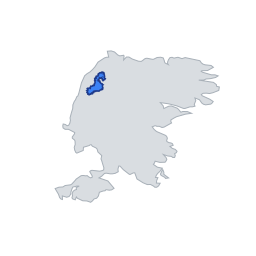 Baltinglass Lea-6, Wicklow, Ireland (highlighted), rotated 208°
{"feature_id": "5873133B22148829487271", "entity_name": "Baltinglass Lea-6", "entity_type": "district", "adm_level": 2, "iso_a3": "IRL", "parent_name": "Ireland", "parent_adm1": "Wicklow", "projection": "mercator", "projection_center": [-6.547, 52.958], "detail": "fine", "context": "in_parent", "style": "filled", "palette": "blue", "viewbox_px": 256, "rotation_deg": 208, "n_neighbors": 0, "source": "geoboundaries", "source_scale": "gbopen_adm2", "svg_char_len": 7733}
<svg xmlns="http://www.w3.org/2000/svg" viewBox="0 0 256 256"><g transform="rotate(208 128 128)"><path d="M156.5,47.7L152.0,50.9L151.3,52.1L150.0,57.1L149.8,58.5L147.0,63.9L145.4,65.0L142.9,65.9L141.6,66.8L139.9,66.4L137.7,66.4L136.6,67.4L136.6,68.1L137.3,69.0L141.3,71.5L141.1,72.5L140.0,73.7L132.7,76.6L130.6,78.4L129.8,79.6L130.6,81.5L136.4,87.3L137.3,88.0L138.2,91.3L143.3,92.7L145.4,94.9L147.1,95.4L151.0,95.2L152.6,96.0L153.5,95.4L154.0,94.3L158.3,90.1L157.0,87.1L161.4,81.8L162.6,81.9L164.7,83.5L166.4,85.7L166.9,88.7L168.5,91.4L169.5,92.3L172.3,92.8L173.0,93.9L172.5,97.8L172.9,99.0L180.0,98.9L182.9,97.3L185.4,97.6L186.6,99.3L187.1,101.1L185.0,101.7L182.8,101.4L181.7,102.5L181.6,104.8L182.4,107.7L183.9,109.7L185.0,114.3L186.0,119.4L187.5,122.5L187.9,126.3L187.6,128.2L187.9,131.6L187.3,132.7L187.8,135.9L190.3,146.0L190.8,153.8L189.6,156.8L187.9,159.6L186.8,162.8L185.9,166.4L185.4,172.1L181.7,178.8L180.1,180.4L178.3,181.5L182.3,186.1L179.0,188.2L175.5,188.8L171.5,187.7L169.1,187.8L166.0,190.2L165.3,189.8L163.8,186.0L162.7,189.9L160.5,191.1L156.6,190.9L150.1,191.9L147.6,193.0L146.6,194.8L145.8,196.8L144.8,198.0L143.7,198.6L138.7,200.1L137.7,200.7L135.4,203.9L132.4,205.8L129.8,206.4L127.6,204.5L126.7,203.4L125.7,202.8L122.2,202.9L123.3,203.5L124.0,204.8L124.3,207.3L124.0,209.8L122.3,211.1L120.2,211.3L117.1,213.9L112.9,214.6L110.6,217.0L96.7,221.0L95.9,221.1L94.0,220.0L91.9,219.6L89.8,219.9L84.0,222.2L81.1,221.7L84.7,216.1L89.6,213.3L90.1,212.5L88.5,212.2L79.3,214.1L76.1,215.8L72.9,216.3L74.4,213.7L78.5,210.2L82.1,207.9L83.6,205.9L88.0,203.5L74.0,208.4L70.3,207.8L69.4,206.4L66.6,207.1L65.5,203.8L69.7,198.9L72.2,196.7L75.1,195.6L78.0,193.9L79.0,191.9L77.7,191.3L69.2,191.8L65.2,191.4L65.4,189.7L66.1,188.0L70.3,184.9L72.6,184.4L74.6,184.7L78.2,186.5L83.0,185.9L81.0,184.0L80.6,180.0L79.1,178.7L81.1,176.9L83.3,175.7L87.0,171.9L88.3,171.3L95.7,170.4L103.6,168.4L111.4,165.6L107.4,164.1L105.5,162.0L102.4,166.2L100.2,167.8L93.8,168.6L91.9,168.1L89.0,166.8L88.2,167.3L87.4,168.3L83.2,170.4L78.8,170.8L83.9,167.1L90.4,160.8L91.8,158.8L93.9,155.3L93.2,153.8L91.9,152.9L96.6,145.7L98.2,144.4L101.2,144.2L103.4,143.0L104.4,143.0L105.3,142.6L107.2,140.4L104.2,139.0L101.2,138.3L91.6,139.1L90.4,138.9L89.2,138.2L88.4,137.3L87.9,134.8L87.2,134.3L85.0,134.3L82.9,135.0L81.4,135.0L80.0,133.9L82.3,131.4L79.3,130.8L76.3,131.3L73.8,130.5L73.7,128.9L74.8,127.3L73.3,125.8L73.0,123.9L74.6,123.0L76.4,123.3L79.9,121.9L84.4,121.2L80.6,119.8L79.0,118.6L78.9,116.8L79.2,115.2L83.7,112.6L88.5,111.4L88.2,109.7L88.5,107.8L83.7,107.2L78.9,108.6L79.4,105.0L80.5,101.7L80.8,99.5L80.5,97.2L78.3,98.2L78.0,95.0L77.1,92.7L73.7,94.3L73.8,91.3L74.8,89.2L76.5,88.3L78.2,88.7L81.5,88.7L84.5,87.1L89.0,86.7L96.1,87.2L101.0,91.6L102.3,90.8L104.2,88.1L105.1,87.7L112.5,89.0L117.1,90.6L118.3,90.1L117.6,87.0L116.1,84.8L118.0,82.0L120.4,80.1L122.1,79.2L125.8,78.0L127.4,76.9L128.5,73.3L130.2,70.3L120.9,71.8L112.0,68.2L113.4,65.7L115.3,64.3L118.5,63.2L118.8,61.8L120.4,60.7L123.1,57.8L122.2,54.1L122.7,51.3L124.6,49.5L125.2,46.9L126.1,44.9L130.0,44.3L133.8,42.5L139.7,42.2L141.2,42.9L140.9,39.8L143.6,39.4L144.7,40.0L145.2,42.2L146.4,43.7L146.8,46.2L146.0,48.1L144.6,49.5L145.8,51.0L143.8,53.8L146.0,52.6L149.0,49.9L148.9,47.8L148.4,45.0L147.5,42.5L147.9,39.8L149.6,38.1L154.1,37.2L152.3,34.1L153.9,33.8L155.7,34.5L158.3,36.9L163.9,40.3L161.2,43.3L157.8,45.4L156.5,47.7ZM77.9,106.2L77.8,107.6L75.6,105.8L74.6,103.9L68.7,103.0L71.2,101.1L72.4,101.7L76.5,101.7L77.7,102.5L77.9,106.2Z" fill="#d9dde1" stroke="#a8b0b8" stroke-width="1"/><path d="M181.8,143.1L181.5,142.9L181.4,142.8L181.1,142.8L181.1,142.7L181.3,142.6L181.5,142.2L181.8,141.7L181.6,141.7L181.4,141.5L181.2,141.4L180.8,141.1L181.0,140.3L181.0,140.1L180.8,140.0L180.6,140.1L180.3,140.1L180.0,140.4L180.1,140.2L179.9,139.9L179.8,140.0L179.7,139.9L179.6,139.4L179.5,139.2L179.4,139.3L179.2,139.2L178.5,139.3L178.5,139.5L178.4,139.5L178.1,139.3L177.9,139.1L177.8,139.3L177.6,139.5L177.4,139.7L177.2,139.9L177.0,140.1L176.9,140.3L177.1,140.4L177.2,140.5L176.7,141.3L176.4,141.2L176.1,141.2L176.1,141.3L175.6,141.4L175.4,141.7L175.5,141.8L175.6,142.0L176.0,142.2L176.1,142.3L175.9,142.4L175.7,142.7L175.7,142.8L175.8,142.9L175.8,143.0L175.6,143.0L175.6,142.8L175.4,142.9L175.0,143.2L175.1,143.3L175.0,143.5L175.1,143.8L175.3,144.0L175.1,144.1L175.2,144.4L174.9,144.4L174.9,144.6L174.7,144.7L174.6,144.8L174.4,145.0L174.5,145.1L174.3,145.2L174.2,145.3L174.0,145.5L173.8,145.4L173.6,145.3L173.5,145.9L172.8,146.0L172.7,146.1L172.4,146.4L172.0,146.4L171.9,146.6L171.6,146.8L171.4,146.9L171.2,146.8L170.7,147.2L170.6,147.5L170.6,148.1L170.4,148.3L170.3,148.5L170.0,148.9L169.9,149.1L169.7,149.1L169.4,149.2L169.3,149.4L169.2,149.5L169.4,149.5L169.6,149.9L169.3,150.2L169.0,150.4L168.8,150.7L168.9,150.9L168.8,151.0L169.0,151.5L169.2,151.4L169.4,152.0L169.5,152.0L169.7,152.3L169.8,152.3L170.0,152.6L170.2,152.8L170.4,153.2L170.4,153.3L170.5,153.6L170.6,153.8L170.5,154.2L170.4,154.4L170.5,154.4L170.7,154.5L170.9,154.5L171.1,154.3L171.4,154.6L171.7,154.7L171.7,154.9L171.9,154.9L172.0,154.8L172.3,154.6L172.7,154.8L172.8,154.8L173.0,155.3L173.0,155.2L173.3,155.0L174.1,155.3L174.1,155.1L174.4,155.2L174.6,155.3L174.7,155.6L174.7,155.8L174.7,156.1L175.4,156.0L175.8,156.3L176.0,156.2L176.1,155.9L176.1,155.7L176.4,155.6L176.5,155.8L177.0,156.1L177.0,156.4L177.0,156.5L176.9,156.7L176.6,156.7L176.4,156.8L176.5,157.1L176.5,157.5L176.6,157.8L176.6,158.1L176.4,158.4L176.4,158.5L176.5,158.8L176.7,159.0L176.4,159.0L176.2,158.9L175.8,158.9L175.8,159.0L175.4,159.2L175.5,159.4L175.3,159.5L175.1,159.8L175.1,159.7L174.8,159.6L174.7,159.7L174.4,159.6L174.2,159.4L174.1,159.5L173.9,159.5L173.6,159.0L173.6,158.9L173.3,158.5L173.0,158.6L172.9,158.4L172.5,158.2L172.5,158.4L172.3,158.4L172.2,158.4L172.2,158.5L172.4,158.7L172.4,158.8L172.3,159.1L172.1,159.2L171.9,159.2L171.6,159.4L171.4,159.6L171.5,159.8L171.6,160.1L171.3,160.2L171.3,160.4L171.4,160.5L171.2,160.7L171.2,160.8L171.2,161.0L171.3,161.0L171.5,161.0L171.9,160.9L172.1,160.9L172.2,161.0L172.4,161.2L172.4,161.3L172.7,161.4L172.8,161.5L172.8,161.8L173.0,162.0L173.0,162.3L172.8,162.4L172.8,162.5L173.4,163.1L173.4,163.3L173.6,163.6L173.7,163.8L173.8,164.0L173.8,164.3L173.9,164.1L174.0,164.0L174.3,164.2L174.4,164.6L174.7,164.6L175.1,164.4L175.1,164.6L175.2,165.0L175.2,165.4L175.3,165.5L175.5,165.4L176.2,165.5L176.3,165.3L176.5,165.4L177.1,165.1L177.1,164.9L177.3,165.1L177.6,164.8L177.6,164.6L177.8,164.4L178.0,164.2L178.2,163.9L178.4,163.8L178.3,163.7L178.6,163.5L178.6,163.4L179.0,163.1L179.1,162.8L179.2,162.7L179.2,162.1L179.4,162.1L179.6,162.0L179.6,161.9L179.6,161.7L179.7,161.4L179.6,161.2L179.3,160.9L179.2,161.0L179.1,160.9L178.9,160.7L179.0,160.4L179.1,160.1L179.2,159.7L179.3,159.5L179.6,159.3L179.8,159.3L180.0,159.1L180.3,158.9L180.2,158.7L180.0,158.4L180.3,158.1L180.4,157.5L180.4,157.4L180.2,157.3L179.4,157.1L179.5,156.9L179.9,156.5L180.0,156.4L180.4,156.3L180.5,156.2L180.3,156.1L180.3,155.8L180.1,155.5L180.1,155.4L180.0,155.0L179.7,154.8L179.6,154.6L179.4,154.5L179.1,154.6L179.1,154.3L179.1,154.1L179.1,153.9L179.0,153.7L178.9,153.5L179.0,153.5L178.9,153.4L178.7,153.2L178.4,152.8L178.4,152.7L178.4,152.2L178.5,151.8L178.4,151.8L178.2,151.6L178.2,151.4L178.2,151.1L178.2,150.8L178.1,150.6L178.0,150.4L178.1,150.2L177.9,150.0L177.8,149.8L177.8,149.6L178.0,149.4L178.3,149.2L178.4,149.3L178.5,149.4L178.7,149.5L178.9,149.1L179.2,148.9L179.2,148.7L179.1,148.3L179.2,148.2L179.4,148.0L179.7,147.9L179.8,147.7L180.1,147.5L180.3,147.5L180.6,147.4L180.5,146.8L180.5,146.7L180.2,146.3L179.9,145.4L180.5,145.5L180.6,145.4L180.8,145.3L180.8,145.1L181.0,144.9L181.3,144.8L181.6,144.4L182.0,144.3L182.3,144.2L182.6,143.7L182.3,143.4L182.1,143.3L182.0,143.1L181.8,143.1Z" fill="#3b82f6" stroke="#1e3a8a" stroke-width="1.5"/></g></svg>